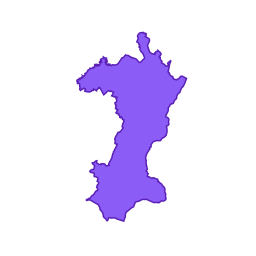 outline of Wang Wiset, Trang, Thailand, rotated 209°
{"feature_id": "78962969B96586587830005", "entity_name": "Wang Wiset", "entity_type": "district", "adm_level": 2, "iso_a3": "THA", "parent_name": "Thailand", "parent_adm1": "Trang", "projection": "orthographic", "projection_center": [99.462, 7.753], "detail": "fine", "context": "isolated", "style": "filled", "palette": "violet", "viewbox_px": 256, "rotation_deg": 209, "n_neighbors": 0, "source": "geoboundaries", "source_scale": "gbopen_adm2", "svg_char_len": 5954}
<svg xmlns="http://www.w3.org/2000/svg" viewBox="0 0 256 256"><g transform="rotate(209 128 128)"><path d="M101.4,36.7L101.1,36.9L101.0,37.4L101.3,40.2L100.3,40.9L98.8,41.1L96.7,42.8L93.0,43.2L86.5,44.5L87.0,46.1L87.2,48.8L88.7,51.9L88.7,53.5L86.2,59.8L84.9,61.8L85.6,66.6L84.5,68.0L83.0,69.2L81.2,72.0L80.0,73.1L78.8,73.5L77.6,74.5L69.3,75.3L66.4,77.0L64.7,77.6L63.4,80.4L61.8,81.2L60.8,82.1L60.3,83.7L60.4,84.6L61.7,85.8L63.2,88.8L64.9,89.9L65.8,92.0L66.5,92.9L67.8,93.9L68.8,93.9L71.9,95.4L75.7,95.6L75.4,96.3L76.4,96.5L77.3,97.6L79.1,97.1L81.2,97.0L81.4,96.6L82.5,96.2L82.5,95.7L84.1,95.3L85.7,95.6L87.6,94.8L88.1,96.5L88.1,97.8L89.1,98.0L89.8,98.8L91.4,99.3L91.1,101.0L91.3,101.6L92.8,103.1L93.1,103.8L93.8,104.0L94.9,106.0L95.8,106.8L96.2,108.4L97.6,109.6L98.5,111.3L99.2,115.6L98.9,118.1L99.0,119.7L98.7,120.2L99.5,121.3L98.8,122.3L98.7,122.8L99.7,124.5L99.5,127.2L99.0,128.6L96.8,130.9L93.7,132.5L93.3,133.5L93.3,135.4L91.7,137.7L91.1,140.2L92.1,143.8L93.9,146.7L95.2,148.2L95.1,148.7L94.2,149.8L94.0,150.9L95.7,153.3L96.2,155.1L97.3,156.1L98.5,156.3L100.3,156.2L100.9,156.6L101.1,161.8L101.4,163.1L102.4,164.9L102.6,165.8L102.2,167.2L102.5,168.8L101.9,169.5L101.8,170.4L100.6,171.0L100.4,171.5L100.7,174.7L99.9,177.0L100.1,178.1L100.8,179.4L100.9,181.1L100.7,182.5L99.9,184.4L100.3,186.0L100.5,188.9L99.9,191.1L100.0,194.0L100.8,199.7L104.9,199.7L106.3,199.3L107.0,198.7L107.4,196.0L108.7,194.4L108.9,193.5L112.5,193.0L113.2,194.2L113.9,194.6L116.2,194.4L117.1,194.7L117.6,195.5L118.5,195.6L119.0,196.5L120.2,196.5L121.2,200.2L122.5,203.7L123.0,207.3L123.6,207.4L123.8,206.2L124.6,205.0L124.6,204.0L124.5,203.5L123.6,203.3L123.2,201.7L123.5,201.3L125.6,200.4L126.8,201.4L127.7,201.0L128.5,201.3L130.1,201.2L130.5,201.6L130.5,202.7L132.6,203.5L133.5,204.3L134.0,205.4L135.2,205.2L135.3,206.2L134.8,207.2L135.0,208.9L136.7,209.8L139.3,210.3L139.1,210.0L140.5,208.3L140.5,207.4L140.9,207.0L140.8,206.5L140.6,206.6L140.3,206.4L140.1,205.4L143.7,204.6L145.1,204.8L146.2,205.2L150.7,209.3L151.2,210.9L151.3,214.3L152.2,215.9L153.3,216.4L157.2,216.3L156.9,217.4L157.9,219.3L158.2,219.2L158.5,218.7L158.9,219.1L159.3,218.7L160.0,218.7L160.1,218.9L160.8,218.5L161.2,218.9L163.7,217.0L164.3,215.4L164.4,213.7L164.0,212.6L162.8,211.7L162.4,210.8L162.1,207.6L160.3,207.5L158.9,206.8L158.9,206.2L157.5,205.6L157.7,204.2L156.4,204.2L155.8,202.8L155.1,202.0L153.3,201.0L151.4,200.6L147.6,197.6L147.4,196.9L149.0,191.4L149.7,190.8L154.4,192.3L156.4,192.0L157.5,191.6L158.0,191.8L158.8,191.1L160.2,191.6L161.9,191.3L162.5,191.7L164.6,190.8L165.6,190.7L166.2,187.4L167.1,186.7L167.3,185.9L167.8,179.5L168.2,178.7L169.5,177.0L172.5,175.6L172.8,174.5L174.1,174.3L174.4,174.7L174.6,174.3L175.3,174.8L176.1,174.5L175.6,173.4L176.4,173.3L176.7,172.8L177.3,173.0L177.2,173.4L178.2,173.4L177.8,173.9L178.3,174.4L178.6,174.2L178.9,174.6L179.5,174.5L179.1,175.6L178.3,176.0L179.2,176.9L180.0,175.9L180.4,175.9L180.5,176.2L180.1,176.4L180.1,177.2L180.5,176.8L181.0,177.0L181.0,178.6L182.3,178.0L184.0,178.2L183.4,177.1L185.0,175.3L185.1,174.2L184.8,173.9L183.9,174.0L183.6,173.7L184.5,173.1L185.0,171.7L184.7,171.5L183.3,172.7L183.0,172.6L183.8,171.4L183.2,169.1L185.0,169.0L185.0,168.5L184.3,168.0L184.7,167.4L185.9,167.1L185.7,168.1L186.2,168.5L187.8,167.5L187.8,166.9L187.1,166.1L186.8,165.3L187.2,163.9L187.5,163.7L188.0,164.1L188.4,162.7L190.3,161.8L190.0,160.7L191.0,159.5L190.9,157.2L191.2,156.6L191.2,155.9L192.1,154.7L191.2,154.1L191.5,153.4L191.4,152.4L192.0,151.9L193.1,151.8L192.1,151.2L192.2,149.7L193.2,149.9L193.1,149.1L193.8,148.7L193.4,147.8L193.6,146.8L193.8,146.8L194.2,147.7L194.7,147.7L194.7,146.5L195.7,145.6L195.6,144.5L195.2,143.9L194.5,144.3L194.1,144.2L193.8,142.4L193.6,142.4L193.2,143.3L191.7,143.1L190.8,141.4L189.5,140.0L189.0,138.3L187.7,137.9L187.3,139.5L187.0,139.4L186.7,139.7L185.9,141.0L185.9,141.5L184.2,141.5L183.8,139.3L182.8,139.7L182.3,139.4L181.5,140.0L180.9,140.0L178.9,141.0L177.9,142.4L177.8,143.1L177.2,143.6L177.2,144.2L176.6,144.2L176.8,145.4L175.7,145.5L175.2,145.3L173.9,145.3L174.2,145.6L174.2,146.0L173.4,146.7L173.2,148.0L172.8,148.4L173.2,148.9L172.9,149.6L172.4,149.6L171.4,149.2L165.3,145.3L164.3,148.0L163.9,150.0L162.9,151.3L161.4,151.3L160.9,152.1L159.2,152.0L158.0,152.3L157.7,149.5L158.0,148.6L157.9,148.2L154.9,148.6L154.7,149.2L153.5,148.9L152.9,149.5L152.4,149.5L152.7,147.8L151.6,147.1L150.8,146.1L151.0,144.4L151.5,144.2L151.6,143.5L151.0,143.3L150.8,142.7L149.9,142.6L149.9,142.2L149.3,142.0L149.0,141.3L149.2,141.1L148.4,140.0L148.6,139.2L148.2,138.9L147.2,139.1L147.0,138.8L145.9,139.1L145.8,138.7L146.0,136.9L145.6,136.3L145.9,135.4L144.6,135.3L144.6,135.5L143.7,135.8L142.9,135.8L142.7,134.9L141.7,134.9L140.9,134.2L140.4,133.3L139.4,133.3L139.1,134.4L137.9,134.0L137.2,132.9L135.5,133.0L135.4,132.2L134.7,131.7L134.6,129.0L133.7,126.2L132.4,126.0L132.3,125.8L132.6,122.8L132.8,121.7L133.2,121.3L133.2,120.2L134.5,119.5L134.7,118.5L134.4,116.8L134.7,114.4L134.3,113.6L134.4,112.5L134.2,111.9L132.8,110.4L132.1,108.3L131.3,108.0L130.8,108.2L130.7,108.5L129.5,108.5L129.2,106.1L129.4,105.3L129.1,104.7L129.3,102.7L129.0,101.6L129.2,100.1L128.8,99.4L128.8,98.1L127.6,93.6L127.6,88.0L127.3,86.7L126.4,86.3L128.0,84.7L129.5,84.3L130.5,85.2L131.9,85.0L132.0,84.7L133.5,84.1L133.7,83.4L134.4,83.4L134.7,82.5L135.4,82.1L138.4,82.3L138.9,82.8L139.4,84.3L140.0,83.9L141.2,80.9L142.3,80.4L142.4,80.1L141.5,79.5L139.0,79.0L137.9,75.4L138.1,75.0L139.5,74.1L140.3,72.6L140.4,71.6L139.9,71.2L139.2,71.1L136.5,71.9L135.7,72.0L134.9,71.1L134.8,70.3L134.1,69.2L132.2,69.8L130.0,69.7L129.6,69.2L129.5,67.6L129.0,66.3L127.9,66.4L127.1,65.8L126.8,64.9L126.8,64.2L127.2,63.5L126.8,61.1L125.1,60.0L124.5,59.2L124.5,58.4L125.3,57.7L125.6,56.5L125.8,53.0L126.7,51.5L127.2,48.4L128.3,47.1L128.9,45.9L129.6,45.3L129.4,44.7L128.8,44.7L127.6,46.0L126.8,46.4L125.6,46.7L116.8,46.5L114.1,44.7L112.7,42.9L110.2,42.2L107.9,40.6L106.7,38.7L105.6,38.1L103.7,37.8L101.4,36.7Z" fill="#8b5cf6" stroke="#5b21b6" stroke-width="1.5"/></g></svg>